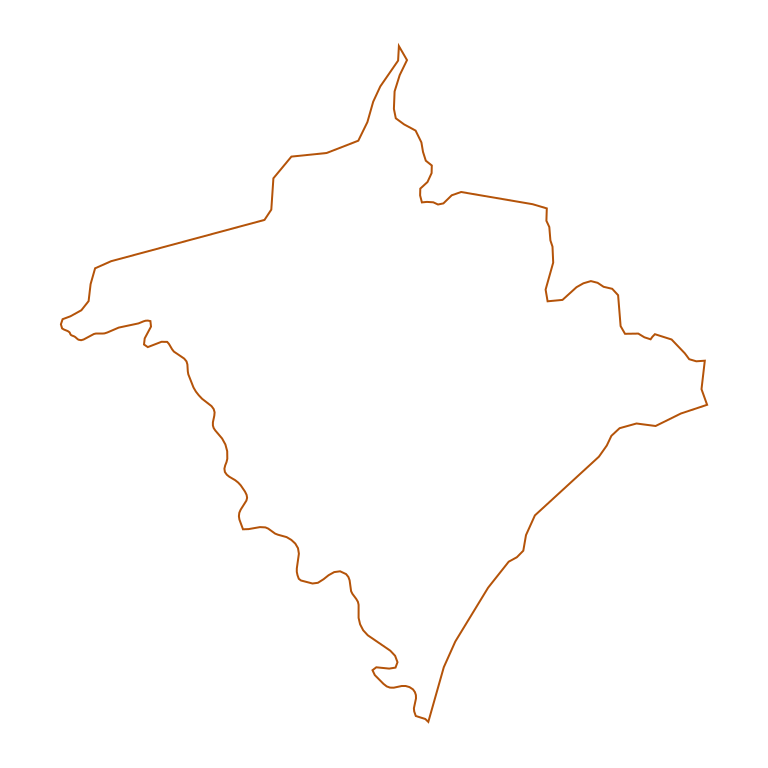 SVG path tracing the border of Gorgol
{"feature_id": "MRT-2791", "entity_name": "Gorgol", "entity_type": "Region", "adm_level": 1, "iso_a3": "MRT", "parent_name": "Mauritania", "parent_adm1": "", "projection": "orthographic", "projection_center": [-12.986, 15.995], "detail": "fine", "context": "isolated", "style": "outline", "palette": "amber", "viewbox_px": 768, "rotation_deg": 0, "n_neighbors": 0, "source": "natural_earth", "source_scale": "10m", "svg_char_len": 2737}
<svg xmlns="http://www.w3.org/2000/svg" viewBox="0 0 768 768"><path d="M81.1,340.2L78.5,339.7L77.7,339.2L75.2,337.0L74.2,336.4L71.9,335.5L71.0,335.0L70.5,334.4L69.9,333.0L69.5,332.3L67.8,331.1L63.9,329.5L62.1,328.4L60.9,324.3L62.6,319.2L70.4,316.3L81.4,310.2L88.6,301.1L90.6,284.1L95.1,268.3L111.1,261.2L264.5,219.9L271.3,209.6L273.4,178.3L291.4,156.6L326.6,153.0L358.3,140.7L367.4,122.1L373.2,101.7L380.3,86.4L398.1,60.6L398.9,46.1L407.0,60.1L399.7,75.1L394.6,91.4L393.9,108.9L395.8,118.3L404.1,124.4L415.6,130.6L421.4,142.4L423.0,151.9L425.8,160.7L431.8,165.5L431.6,173.1L427.5,182.0L420.3,188.6L420.1,195.4L421.9,202.4L426.9,201.9L433.3,202.3L438.0,204.5L443.4,203.4L451.7,195.3L461.1,192.0L532.6,204.2L546.8,208.4L546.4,220.8L549.3,227.0L550.4,240.4L552.5,246.7L553.2,262.6L545.6,289.6L547.6,301.3L562.5,299.9L576.5,287.2L583.4,283.3L590.9,281.1L597.6,282.8L603.6,286.8L612.2,288.8L618.1,295.2L620.6,326.1L625.0,333.8L638.3,333.6L644.4,337.3L650.6,339.3L652.3,336.9L654.9,334.2L671.6,339.5L684.8,353.3L689.2,359.2L696.3,361.3L704.8,360.7L701.5,389.2L707.1,404.8L680.9,413.5L655.6,426.0L636.5,423.5L619.6,428.2L611.4,435.8L606.8,445.5L598.9,456.7L534.9,515.4L526.0,535.1L523.3,550.7L516.9,557.2L508.7,561.7L488.1,587.7L455.3,641.5L443.8,667.2L428.3,721.9L425.3,719.0L415.8,716.0L415.4,714.9L414.2,711.4L413.9,708.3L416.0,698.4L415.9,695.1L414.9,692.1L413.0,689.4L409.5,687.1L405.7,686.0L401.7,686.0L393.7,687.7L390.0,687.6L386.7,686.4L383.4,683.8L374.8,675.1L372.5,670.2L376.3,667.3L389.2,668.6L395.5,667.6L397.5,662.2L395.1,655.8L390.3,650.7L367.8,635.3L363.2,630.3L360.1,624.3L358.6,617.9L358.6,604.8L357.9,601.8L356.2,598.9L352.4,593.8L351.1,591.2L349.6,580.3L348.4,577.0L346.1,574.1L340.1,571.3L334.2,572.1L328.6,575.2L323.6,579.2L317.9,582.8L312.5,583.5L301.0,580.5L298.8,578.8L297.5,575.2L296.8,571.9L296.8,568.5L298.9,553.7L298.0,548.2L295.3,543.6L291.3,539.9L286.6,537.1L277.9,534.7L275.1,533.6L268.2,528.6L265.4,527.4L260.0,527.1L248.6,529.1L243.0,529.3L239.4,519.5L238.9,516.2L239.3,512.8L240.7,509.6L246.4,500.6L247.1,497.8L246.6,494.9L245.0,491.6L240.7,485.3L238.2,482.6L235.2,480.2L229.4,476.8L226.8,474.7L224.9,472.0L224.4,468.7L225.2,465.4L226.5,462.1L227.3,458.8L227.2,451.2L225.4,444.5L222.1,438.5L215.3,430.5L213.7,428.1L212.9,425.5L212.9,422.3L214.3,415.7L214.6,412.3L213.7,409.1L211.5,406.1L202.1,398.8L198.8,395.3L195.9,391.6L193.5,387.5L188.3,374.3L187.8,371.3L187.4,364.5L186.5,361.4L184.2,358.6L173.9,351.6L172.1,349.3L169.0,344.0L167.2,341.9L161.5,341.8L147.8,347.1L144.0,344.5L144.7,338.4L151.0,326.6L150.4,321.1L147.9,320.6L145.7,320.7L143.6,321.3L138.5,323.4L118.7,327.6L107.3,332.5L104.5,333.4L103.1,333.5L96.1,333.5L93.9,334.0L83.6,339.5L81.1,340.2Z" fill="none" stroke="#b45309" stroke-width="2"/></svg>